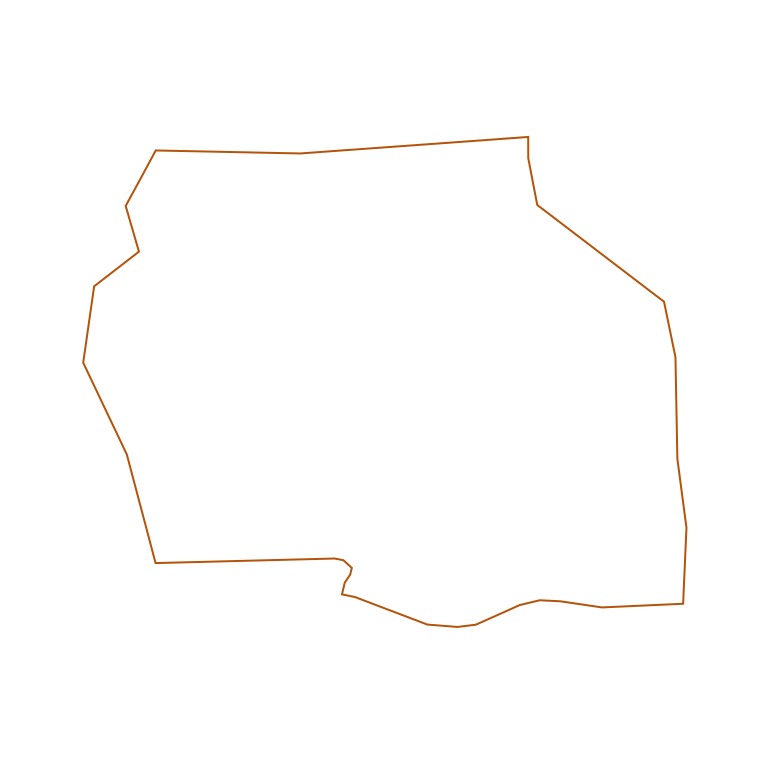 Kasese, Natural Earth projection, rotated 259°
{"feature_id": "UGA-3367", "entity_name": "Kasese", "entity_type": "District", "adm_level": 1, "iso_a3": "UGA", "parent_name": "Uganda", "parent_adm1": "", "projection": "natural_earth1", "projection_center": [29.908, 0.096], "detail": "fine", "context": "isolated", "style": "outline", "palette": "amber", "viewbox_px": 768, "rotation_deg": 259, "n_neighbors": 0, "source": "natural_earth", "source_scale": "10m", "svg_char_len": 549}
<svg xmlns="http://www.w3.org/2000/svg" viewBox="0 0 768 768"><g transform="rotate(259 384 384)"><path d="M209.6,317.3L218.8,310.5L222.1,302.3L251.8,125.6L363.9,118.1L462.3,92.8L535.2,118.1L560.7,168.7L608.1,164.4L633.6,185.5L656.8,204.5L626.3,345.7L599.0,572.7L578.2,568.7L530.5,568.6L411.3,674.6L354.6,675.2L254.6,657.7L185.3,653.5L111.2,635.7L123.1,555.3L137.0,515.8L142.0,495.6L141.1,475.1L130.2,428.2L131.5,409.7L139.6,380.6L180.5,314.7L185.5,302.6L196.5,307.6L203.3,314.4L209.6,317.3Z" fill="none" stroke="#b45309" stroke-width="2"/></g></svg>